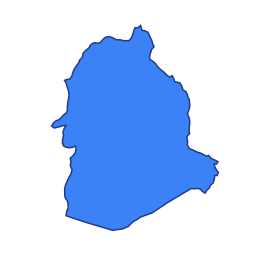 the district of Petrolândia, Santa Catarina, Brazil, rotated 167°
{"feature_id": "56859067B13644599317912", "entity_name": "Petrolândia", "entity_type": "district", "adm_level": 2, "iso_a3": "BRA", "parent_name": "Brazil", "parent_adm1": "Santa Catarina", "projection": "natural_earth1", "projection_center": [-49.688, -27.554], "detail": "fine", "context": "isolated", "style": "filled", "palette": "blue", "viewbox_px": 256, "rotation_deg": 167, "n_neighbors": 0, "source": "geoboundaries", "source_scale": "gbopen_adm2", "svg_char_len": 2099}
<svg xmlns="http://www.w3.org/2000/svg" viewBox="0 0 256 256"><g transform="rotate(167 128 128)"><path d="M65.9,152.7L66.1,156.8L67.4,160.4L69.8,161.6L72.1,162.5L72.3,165.7L73.2,169.1L76.0,168.1L78.2,170.7L80.5,174.4L83.2,177.7L85.4,181.3L86.9,184.8L89.0,187.6L91.2,189.7L91.0,192.6L89.6,195.4L87.4,199.2L84.3,201.4L85.1,205.0L85.1,207.9L86.2,212.8L87.0,216.8L90.1,219.2L92.4,220.0L92.7,225.1L96.0,223.4L98.4,224.1L100.3,221.9L102.0,218.6L103.5,216.2L105.3,214.4L107.7,212.8L110.2,213.5L112.6,214.1L115.6,215.6L119.6,216.6L122.4,219.3L125.7,221.3L129.5,221.4L132.6,219.9L135.6,217.6L138.3,217.3L140.5,218.4L142.9,218.6L145.8,217.4L148.2,214.7L151.7,213.1L155.1,210.7L156.5,207.0L159.5,205.4L161.0,203.0L163.8,200.5L166.6,198.1L168.8,195.2L171.2,191.0L173.7,188.8L176.2,189.0L179.1,188.7L178.1,185.1L178.1,181.7L177.6,178.0L178.0,173.4L179.7,169.1L181.3,165.6L182.4,161.9L183.4,157.9L185.4,156.3L187.9,155.1L190.1,153.6L193.1,151.7L197.0,151.1L199.5,149.6L202.0,147.1L199.9,144.6L194.7,144.6L191.0,144.9L188.0,144.4L190.8,141.1L192.4,138.3L192.5,135.1L194.3,131.4L195.3,128.1L194.9,125.2L193.0,123.4L190.5,122.2L186.8,121.6L183.2,122.1L183.4,119.1L185.0,115.7L187.8,113.4L191.1,111.6L191.1,108.2L192.7,104.3L191.9,99.9L193.7,96.3L195.6,94.3L198.0,91.6L200.1,88.6L201.8,86.4L203.4,83.0L204.0,80.2L204.8,76.6L204.8,73.6L203.5,71.1L203.5,67.7L204.2,63.6L206.6,60.4L208.1,56.5L190.9,45.9L175.7,37.3L172.1,35.3L168.4,33.1L165.7,31.7L155.5,30.9L152.9,31.5L150.0,31.9L147.3,33.7L144.8,35.1L142.3,36.2L139.2,36.9L136.5,38.3L128.3,39.3L123.7,39.8L107.2,46.1L86.4,52.8L79.9,54.8L77.0,53.8L74.1,53.5L71.2,52.2L69.9,49.5L67.6,47.2L65.2,49.5L62.5,51.2L60.1,53.8L57.2,55.6L55.4,58.7L54.3,62.1L51.7,61.7L50.0,64.6L51.8,68.8L52.3,73.5L49.7,73.0L47.9,74.9L50.4,77.1L53.7,79.6L55.5,83.1L58.3,83.1L60.5,85.2L63.0,87.3L65.8,88.8L67.9,90.5L70.1,92.2L72.8,94.1L73.9,97.8L72.9,102.2L72.6,106.4L69.3,108.6L69.0,112.0L68.2,114.9L67.0,118.1L66.3,121.0L66.1,124.1L66.9,128.3L64.7,131.8L62.8,135.6L62.3,138.9L61.9,141.9L62.7,144.4L62.7,147.7L63.5,150.6L65.9,152.7Z" fill="#3b82f6" stroke="#1e3a8a" stroke-width="1.5"/></g></svg>